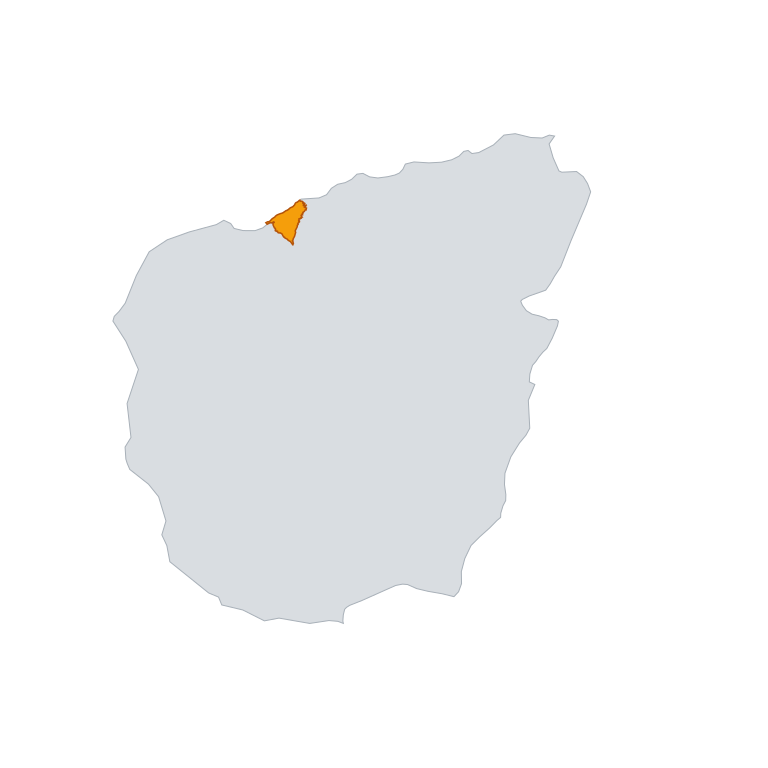 location of San Javier, Río Negro, Uruguay, rotated 65°
{"feature_id": "84410073B27439401381300", "entity_name": "San Javier", "entity_type": "district", "adm_level": 2, "iso_a3": "URY", "parent_name": "Uruguay", "parent_adm1": "Río Negro", "projection": "equal_earth", "projection_center": [-58.06, -32.653], "detail": "fine", "context": "in_parent", "style": "filled", "palette": "amber", "viewbox_px": 768, "rotation_deg": 65, "n_neighbors": 0, "source": "geoboundaries", "source_scale": "gbopen_adm2", "svg_char_len": 5680}
<svg xmlns="http://www.w3.org/2000/svg" viewBox="0 0 768 768"><g transform="rotate(65 384 384)"><path d="M583.8,522.0L579.6,526.1L575.1,533.9L569.6,552.5L551.8,578.1L548.1,592.5L529.1,607.5L515.7,624.4L507.2,624.0L499.3,631.2L454.6,653.2L438.7,649.1L426.8,649.1L416.0,639.5L390.9,635.9L375.2,639.8L354.0,650.5L347.6,650.3L343.0,649.7L331.7,645.3L325.5,635.9L293.1,625.1L267.0,600.4L236.1,599.9L212.4,603.1L208.7,599.9L206.3,593.5L201.4,584.4L181.0,562.6L164.9,540.9L161.7,519.5L163.9,496.2L168.7,468.6L167.9,460.0L173.8,455.1L179.7,454.1L185.4,446.9L190.5,436.1L191.3,427.9L187.4,412.8L184.6,391.5L181.4,381.0L187.9,364.3L188.2,356.1L184.4,349.0L183.4,341.6L185.1,334.1L184.8,326.8L182.4,319.8L184.2,314.1L190.2,309.5L194.7,302.5L197.7,293.0L199.2,285.8L199.3,280.9L197.4,276.2L193.7,271.7L195.4,263.0L202.6,249.8L207.3,238.1L209.4,227.9L209.2,219.7L206.9,213.4L207.9,209.1L212.3,206.9L214.3,200.3L213.6,183.7L209.1,170.1L212.6,159.3L222.6,146.8L227.9,136.7L228.3,129.0L231.4,124.6L236.2,132.9L250.5,135.1L264.8,135.4L267.2,133.3L272.8,119.7L280.3,115.8L288.4,114.8L297.2,115.5L306.6,124.5L333.1,153.9L352.5,174.3L358.4,183.9L363.5,191.1L367.3,197.8L365.6,215.3L365.8,222.9L366.7,225.1L371.1,225.3L377.7,224.0L383.3,220.3L387.7,214.7L392.0,210.2L395.5,207.7L396.7,204.0L398.7,200.2L400.8,199.4L404.6,202.2L413.6,212.2L420.6,221.4L422.3,226.6L424.9,232.1L427.8,236.9L429.8,241.5L436.6,247.6L443.5,251.4L448.2,247.5L459.8,260.1L485.7,270.6L490.4,277.0L494.7,286.1L503.6,299.8L516.0,312.1L526.0,317.3L535.7,320.3L541.1,323.0L544.7,327.7L550.5,332.8L554.2,334.7L555.4,339.2L559.1,349.1L562.9,361.7L567.1,373.3L576.3,384.5L586.7,393.2L597.7,398.1L603.8,404.2L606.3,410.5L598.7,419.9L590.5,431.7L583.2,440.9L575.7,447.4L573.2,451.8L571.5,458.7L570.9,495.3L570.1,508.8L570.6,512.4L571.6,514.9L576.1,518.5L581.5,521.5L583.8,522.0Z" fill="#d9dde1" stroke="#a8b0b8" stroke-width="1"/><path d="M196.6,387.8L196.4,387.8L196.2,387.8L196.2,387.7L196.0,387.4L195.9,387.1L195.8,386.9L195.7,386.7L195.8,386.6L195.7,386.6L195.4,386.5L195.4,386.4L195.3,386.2L195.6,386.0L195.6,385.9L195.6,385.7L195.4,385.5L195.2,385.5L194.8,385.4L194.7,385.3L194.5,385.2L194.3,385.1L194.3,384.9L194.2,384.9L194.1,384.7L194.1,384.4L194.0,384.2L194.0,383.9L194.0,383.7L194.0,383.4L193.7,382.9L193.6,382.7L193.3,382.3L193.2,382.2L193.0,381.9L192.9,381.8L192.9,381.7L192.9,381.4L193.1,381.3L193.2,381.2L193.3,381.1L193.2,381.0L192.8,380.7L192.7,380.7L192.4,380.5L192.3,380.3L192.2,380.3L192.0,380.2L191.9,380.1L191.8,380.3L191.7,380.3L191.4,380.3L191.2,380.3L190.9,380.4L190.8,380.5L190.7,380.6L190.7,380.8L190.6,381.0L190.4,381.0L190.2,381.2L190.0,380.6L189.9,380.2L189.7,379.9L189.4,379.8L189.4,379.6L189.4,379.4L189.2,379.5L189.1,379.4L189.1,379.5L189.0,379.9L189.0,380.0L188.9,380.0L188.8,379.9L188.9,379.7L188.7,380.1L188.6,380.7L188.6,380.8L188.6,381.0L188.5,381.5L188.3,381.7L188.2,381.7L188.0,381.4L187.8,381.3L187.7,381.2L187.3,381.2L187.2,381.1L187.2,380.8L187.1,380.7L186.9,380.7L186.9,380.4L186.8,380.2L186.7,380.2L186.8,380.0L187.2,380.2L187.3,380.2L187.3,379.9L187.3,379.7L187.2,379.6L186.9,379.4L186.6,379.5L186.4,380.1L186.1,380.2L185.9,380.3L185.9,380.5L185.9,381.0L185.7,381.2L185.4,381.1L185.2,380.9L185.1,380.5L185.1,380.4L184.7,380.5L184.4,380.7L183.8,381.0L183.7,381.1L183.3,381.8L183.2,382.2L183.0,382.5L182.9,382.6L182.6,382.6L182.1,382.6L181.8,382.6L181.8,383.2L182.0,383.7L182.3,384.7L182.4,385.2L182.5,385.4L182.5,385.6L182.6,385.9L182.5,386.1L182.4,386.6L182.4,386.9L182.5,387.2L182.5,387.4L182.6,387.7L182.8,388.1L183.2,388.6L183.6,389.0L183.9,389.4L184.1,389.9L184.3,390.4L184.7,391.4L184.8,391.8L184.8,392.2L184.8,392.7L184.8,393.2L184.7,393.7L184.7,394.3L184.8,394.6L184.8,394.8L185.4,396.8L185.6,398.0L185.7,398.5L185.6,398.8L185.5,399.3L185.5,399.7L185.6,400.2L185.7,400.9L185.8,401.4L186.0,402.5L186.1,402.9L186.1,403.9L186.1,404.3L185.9,405.0L185.8,405.9L185.7,407.2L185.6,409.4L185.7,410.2L185.8,410.6L186.0,411.2L186.0,411.4L186.0,411.5L186.5,412.3L186.9,415.2L187.0,415.7L187.2,416.1L187.4,416.7L187.9,417.8L188.0,418.3L188.2,418.8L188.2,419.2L188.2,419.5L188.2,419.8L187.8,420.9L187.8,421.2L187.9,422.9L189.8,422.4L189.8,421.8L189.7,420.0L189.8,419.3L189.9,418.5L190.4,418.1L190.5,417.5L190.5,416.6L190.4,415.6L190.8,415.2L191.2,415.3L191.2,416.6L192.2,417.1L192.8,417.1L193.6,417.4L194.9,417.3L196.1,417.4L196.5,417.2L196.7,416.9L197.2,416.9L197.5,417.0L197.7,416.8L197.9,416.8L198.2,417.0L198.7,417.6L199.2,417.7L199.7,417.3L199.7,417.0L200.3,416.8L200.3,416.4L200.5,416.0L202.0,416.1L202.6,415.5L202.9,414.7L203.1,414.6L203.2,414.1L203.8,413.8L204.6,413.1L208.4,412.8L208.9,412.1L209.8,412.1L212.1,410.3L213.2,410.2L215.4,408.6L218.6,408.0L219.4,407.8L219.4,407.7L218.4,407.0L218.3,406.7L218.0,406.6L216.5,406.5L216.2,406.2L215.2,406.3L215.0,405.6L214.6,405.3L213.8,404.7L213.6,404.3L212.9,403.4L212.3,402.6L210.5,401.1L209.3,400.0L207.9,399.8L207.3,399.4L207.0,398.9L205.0,396.4L204.1,395.7L203.8,395.7L203.3,395.1L203.2,394.7L203.1,394.4L202.0,394.2L201.9,393.4L201.7,393.1L201.6,392.9L201.4,392.9L201.3,392.7L201.3,392.4L201.2,392.4L201.3,392.3L201.3,392.2L201.2,392.0L200.9,391.9L200.9,392.0L200.8,391.9L200.7,391.9L200.7,392.0L200.4,392.0L200.2,392.1L199.9,392.0L199.7,392.0L199.6,391.9L199.4,391.9L199.3,391.7L199.2,391.6L198.9,391.3L198.7,391.3L198.5,391.2L198.4,391.2L198.4,390.8L198.5,390.7L198.7,390.4L198.8,390.4L198.9,390.2L198.8,389.9L198.7,389.9L198.8,389.6L198.8,389.3L198.8,389.1L198.7,389.0L198.7,388.8L198.5,388.6L198.5,388.4L198.3,388.2L198.2,388.3L198.2,388.2L198.1,388.3L197.8,388.2L197.7,388.2L197.6,387.9L197.5,387.7L197.4,387.7L197.2,387.7L197.2,387.8L197.0,387.7L196.9,387.7L196.6,387.8Z" fill="#f59e0b" stroke="#b45309" stroke-width="1.5"/></g></svg>